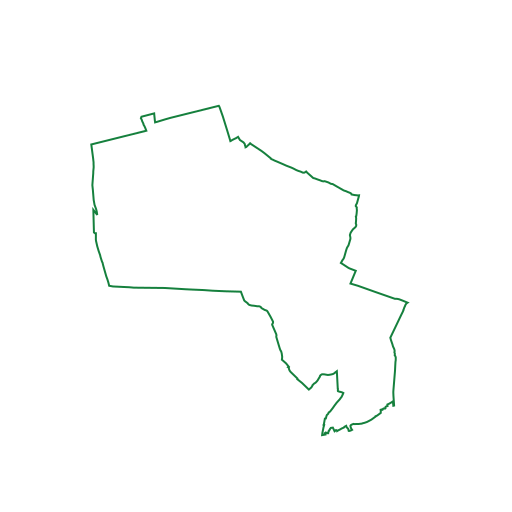 outline of Mischii, Dolj, Romania, rotated 125°
{"feature_id": "2599482B32935756416013", "entity_name": "Mischii", "entity_type": "district", "adm_level": 2, "iso_a3": "ROU", "parent_name": "Romania", "parent_adm1": "Dolj", "projection": "robinson", "projection_center": [23.877, 44.421], "detail": "fine", "context": "isolated", "style": "outline", "palette": "green", "viewbox_px": 512, "rotation_deg": 125, "n_neighbors": 0, "source": "geoboundaries", "source_scale": "gbopen_adm2", "svg_char_len": 5886}
<svg xmlns="http://www.w3.org/2000/svg" viewBox="0 0 512 512"><g transform="rotate(125 256 256)"><path d="M316.2,282.9L313.9,279.3L309.3,271.6L302.3,260.6L293.9,247.9L296.8,243.7L299.2,240.1L299.4,238.8L299.4,238.2L299.4,237.6L299.4,237.0L299.5,236.3L299.5,235.6L299.8,235.0L299.9,234.1L299.9,233.4L299.1,231.2L298.0,229.3L297.0,227.3L296.5,226.2L295.4,224.6L295.1,223.6L295.1,222.6L295.4,222.0L295.5,221.4L295.4,220.5L295.2,218.0L294.7,216.3L294.6,215.7L294.8,214.8L297.4,209.3L300.0,204.4L300.7,203.9L301.6,203.6L302.7,203.6L303.2,203.1L308.5,194.5L309.3,193.7L310.0,193.4L310.7,192.9L314.9,187.6L318.2,183.4L319.0,182.2L319.4,181.6L319.6,180.8L321.1,179.0L323.6,176.7L325.1,175.8L325.8,175.5L326.1,175.3L326.1,175.0L326.7,169.8L327.9,165.6L328.7,165.9L328.7,165.0L329.3,164.5L329.7,164.1L330.3,163.2L330.6,162.7L330.8,162.1L331.1,161.2L332.6,151.8L333.2,151.6L333.6,145.5L335.1,136.1L333.2,135.6L332.0,135.3L331.3,135.3L330.0,135.4L329.4,135.6L329.1,135.5L327.5,135.3L327.1,135.2L326.7,135.0L325.5,134.5L323.2,134.2L322.3,134.2L319.8,134.4L318.6,134.4L318.1,134.5L317.9,134.7L317.1,134.8L316.5,134.7L315.4,134.3L315.1,134.1L314.6,133.5L313.8,132.2L312.9,130.3L312.3,129.0L311.8,128.4L311.4,127.9L310.5,127.1L310.3,126.8L308.6,125.3L308.0,125.0L306.7,124.4L306.2,124.4L305.4,124.2L304.8,123.8L304.7,123.8L304.3,123.8L304.0,123.7L317.3,113.3L317.5,113.2L317.6,112.9L317.8,112.7L318.8,112.1L319.5,111.6L319.7,111.4L319.7,111.2L319.6,110.9L319.3,109.8L318.8,108.7L318.3,107.1L318.1,105.9L318.7,105.7L319.2,105.6L320.4,105.4L322.2,105.1L323.0,105.1L323.7,105.2L325.5,105.2L327.7,105.5L330.2,105.8L331.2,105.8L333.3,105.9L336.7,105.9L340.9,106.1L341.5,106.3L342.2,106.6L342.4,106.7L342.7,106.7L343.5,106.4L343.9,106.4L344.6,106.5L345.3,106.7L345.9,106.7L347.2,106.3L349.0,105.6L349.7,106.3L355.3,103.7L355.2,103.3L355.7,103.1L356.0,103.4L356.3,102.9L357.7,102.4L360.4,101.2L362.7,100.2L364.8,99.1L361.7,96.0L362.6,97.6L362.3,97.8L361.8,98.0L361.6,97.6L360.6,97.6L360.1,95.7L359.9,95.3L359.8,95.2L358.1,96.0L357.7,96.1L357.4,96.1L357.4,95.9L357.1,95.9L356.9,96.0L356.1,96.0L355.6,96.1L355.0,96.2L354.4,96.1L353.9,96.1L352.5,94.6L354.5,91.1L353.5,90.8L352.7,90.6L352.5,90.0L352.5,89.5L352.6,89.3L352.8,89.1L351.4,88.5L350.2,87.8L348.2,86.9L346.1,85.6L345.5,85.5L345.4,85.5L345.2,85.6L343.4,84.7L344.1,83.8L344.3,83.4L344.4,82.9L344.6,81.8L344.8,81.2L345.2,80.7L346.1,79.8L346.1,79.7L345.7,79.1L344.5,78.2L343.5,77.7L343.3,77.6L343.1,78.2L342.6,79.3L341.7,80.5L341.2,81.0L340.8,81.3L340.7,81.3L339.9,81.2L338.9,80.7L337.6,79.8L337.4,79.2L335.6,76.8L334.6,75.4L333.3,74.0L332.7,73.2L332.1,72.9L330.5,71.5L328.3,69.9L326.0,68.7L323.8,67.6L318.8,65.9L318.6,66.1L317.4,65.3L313.0,63.8L311.5,64.8L310.5,65.7L310.1,65.4L310.3,65.2L309.7,64.7L309.6,64.3L309.5,64.2L309.3,64.1L309.1,64.1L308.4,64.3L308.1,64.2L307.8,64.1L307.6,63.9L307.1,62.9L306.9,62.7L306.5,62.6L305.8,63.2L305.4,63.3L305.2,63.3L304.7,63.1L304.3,62.9L303.5,62.2L302.3,63.2L300.6,62.2L298.2,61.1L296.6,60.5L297.4,59.8L299.9,57.6L299.3,57.1L291.6,63.3L289.1,65.2L287.9,66.0L270.3,76.3L266.8,78.5L266.5,78.7L262.8,81.0L261.2,81.8L259.0,83.3L258.4,84.0L258.0,84.7L257.8,85.4L256.5,86.1L255.9,86.8L255.4,87.5L254.5,87.8L253.8,88.4L253.1,89.2L252.7,89.8L251.5,91.9L250.1,93.6L247.4,97.3L245.9,99.1L220.7,103.3L217.3,103.8L216.6,104.0L216.1,104.0L215.8,104.3L214.7,104.5L213.8,104.8L212.4,105.1L211.5,105.2L211.1,105.4L210.5,105.5L208.9,105.6L207.8,105.3L207.3,105.1L208.3,109.7L209.3,113.8L209.9,115.3L210.6,116.6L211.4,117.7L215.1,130.8L217.1,137.9L221.9,155.3L224.4,162.8L210.9,165.8L212.5,172.2L212.7,173.4L213.0,182.5L211.4,182.6L210.0,182.8L208.6,182.7L206.9,182.9L204.8,183.6L200.0,185.3L197.4,186.1L195.6,186.3L194.5,186.3L193.1,186.7L187.8,188.5L186.6,189.4L185.0,191.1L182.8,191.8L180.9,191.9L178.6,191.9L175.3,191.1L174.0,191.2L173.0,191.7L171.9,193.1L171.2,193.4L169.2,194.6L167.5,195.7L166.3,196.9L165.7,196.8L163.4,198.0L160.8,199.5L159.9,200.2L159.4,200.7L158.4,201.3L158.1,202.2L157.9,202.9L157.2,203.3L154.8,203.6L148.0,206.0L147.2,206.4L147.9,207.2L148.8,208.9L149.6,210.3L150.1,211.5L150.4,212.2L150.8,213.0L150.5,213.4L150.3,213.8L150.3,214.6L150.4,215.3L150.8,217.0L150.9,217.3L151.0,217.9L151.3,219.5L151.8,221.1L152.0,221.9L152.6,228.5L152.7,229.6L153.1,234.5L153.3,234.9L153.6,235.4L153.8,235.8L154.0,236.8L154.2,238.8L155.0,241.6L155.4,242.8L155.5,242.9L156.0,243.3L156.4,244.0L156.8,244.9L157.3,247.1L157.9,249.2L158.7,252.3L159.3,253.8L158.4,261.7L158.0,263.4L159.4,263.9L160.1,264.3L160.8,265.3L161.3,267.9L162.0,270.1L162.5,272.3L162.9,275.5L163.3,277.7L164.6,282.9L165.3,286.6L166.6,292.9L167.2,295.6L167.4,297.1L167.7,298.5L167.8,299.8L167.4,300.3L167.4,301.6L167.2,304.0L166.9,308.3L166.8,311.7L167.1,322.7L167.2,324.5L167.0,325.1L167.0,325.5L169.1,325.8L170.2,326.1L172.3,326.5L172.9,326.9L172.5,327.2L172.3,327.5L172.1,327.9L171.5,328.7L170.9,329.2L170.6,329.7L170.3,330.8L170.1,331.3L170.2,335.7L168.7,339.0L169.3,339.2L170.4,339.8L170.9,339.9L172.2,340.7L174.8,342.1L175.9,342.5L176.6,342.9L175.6,344.1L169.7,351.6L160.8,363.1L155.7,370.2L154.7,371.7L154.3,372.6L191.9,405.3L196.2,408.8L202.6,413.8L204.4,415.3L203.9,415.7L202.9,416.7L201.7,417.7L198.7,420.3L197.6,421.2L207.6,429.7L209.2,429.3L209.3,429.0L209.5,428.6L210.1,427.5L210.9,426.5L212.1,424.3L212.6,423.7L212.9,423.5L213.2,422.9L213.6,421.9L214.8,419.9L216.3,417.7L259.1,454.9L269.8,445.1L271.2,443.9L272.3,442.9L274.0,441.7L275.4,440.6L276.7,439.7L279.9,437.9L281.7,436.7L291.8,430.7L295.6,427.4L303.2,421.1L306.7,417.6L309.2,414.0L310.9,412.0L313.4,409.6L311.5,415.7L329.6,402.3L329.7,401.9L329.7,400.7L329.4,400.5L329.2,400.2L334.4,396.6L335.4,395.7L339.2,391.5L342.2,387.7L344.7,384.2L345.9,382.9L348.9,379.0L349.6,377.7L350.3,377.0L352.1,374.9L358.6,366.9L360.4,364.3L362.5,361.6L364.6,359.2L363.0,355.7L354.1,341.6L352.0,337.9L334.6,312.5L323.5,294.4L320.6,289.8L316.2,282.9Z" fill="none" stroke="#15803d" stroke-width="2"/></g></svg>